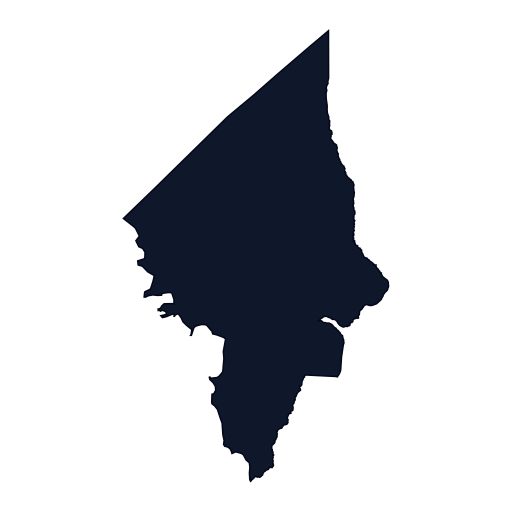 Turkana West, Rift Valley, Kenya
{"feature_id": "3690345B77554234988908", "entity_name": "Turkana West", "entity_type": "district", "adm_level": 2, "iso_a3": "KEN", "parent_name": "Kenya", "parent_adm1": "Rift Valley", "projection": "albers", "projection_center": [34.901, 4.052], "detail": "fine", "context": "isolated", "style": "filled", "palette": "ink", "viewbox_px": 512, "rotation_deg": 0, "n_neighbors": 0, "source": "geoboundaries", "source_scale": "gbopen_adm2", "svg_char_len": 6094}
<svg xmlns="http://www.w3.org/2000/svg" viewBox="0 0 512 512"><path d="M337.3,376.9L339.3,373.9L340.3,371.5L340.7,369.9L341.5,357.0L343.3,344.9L344.0,342.8L343.7,341.8L343.7,340.1L342.8,337.7L342.5,335.7L340.7,334.4L340.0,332.6L339.1,331.9L338.1,330.5L336.8,329.7L336.0,328.3L334.3,327.4L331.9,324.5L329.4,323.2L328.5,323.1L326.8,323.1L325.2,322.6L323.8,322.6L322.9,322.1L321.4,320.8L319.0,320.7L320.3,319.1L323.9,316.6L325.9,316.3L326.7,316.4L327.4,316.7L328.4,317.4L330.0,317.6L331.8,319.0L332.6,319.4L333.8,319.3L335.6,320.0L336.8,321.1L338.2,323.5L339.9,325.4L343.0,327.0L343.8,327.0L345.6,326.3L347.4,326.5L348.3,325.6L348.9,325.9L350.0,325.0L350.1,323.3L350.2,323.1L350.5,322.7L351.9,322.5L352.8,321.5L352.9,321.1L352.8,320.3L353.1,319.8L354.5,318.6L355.8,318.5L356.3,317.9L357.4,318.2L358.4,318.1L358.5,317.5L358.1,316.2L359.3,314.6L359.6,311.1L361.7,309.3L364.2,305.7L364.9,305.1L366.2,304.6L366.8,304.6L368.6,305.2L370.2,305.5L371.4,305.5L373.3,305.0L375.2,304.2L375.9,304.1L377.3,303.1L380.9,299.8L381.4,299.1L382.1,297.5L382.9,296.3L383.3,294.8L385.1,292.3L387.2,290.3L387.7,289.2L387.9,288.1L388.4,287.1L388.6,285.4L388.2,284.3L388.4,283.4L388.0,281.5L387.1,280.0L385.2,278.7L382.6,276.5L381.3,274.1L381.4,273.0L380.7,272.8L380.0,272.3L379.7,271.1L378.7,270.4L378.1,269.1L376.9,268.1L376.5,267.4L375.8,266.0L376.1,265.1L375.2,265.1L374.3,264.4L373.5,264.2L372.8,263.1L369.4,260.7L368.7,259.6L367.4,259.3L367.2,259.0L367.2,258.5L366.8,258.0L366.0,258.0L365.6,257.7L364.9,257.6L364.1,257.0L363.1,255.0L362.9,254.0L362.0,253.0L361.6,251.3L361.6,250.1L360.9,249.7L359.9,248.1L359.2,248.0L358.8,248.2L358.6,248.0L357.5,246.6L357.7,245.9L356.8,245.4L356.0,245.5L355.2,244.0L355.1,243.4L354.7,243.1L354.8,242.5L354.1,242.2L354.1,241.9L354.6,241.7L354.6,240.8L354.3,240.7L354.0,241.4L353.7,241.3L353.7,240.8L353.3,240.7L353.4,240.2L353.2,239.8L353.6,239.3L353.3,238.8L353.7,238.0L353.1,237.7L353.1,236.9L352.5,236.2L352.8,235.8L353.6,235.7L353.9,234.9L353.8,234.5L353.3,234.3L353.7,233.5L353.4,233.1L353.5,232.2L354.2,230.4L353.7,230.3L354.0,227.0L354.3,226.6L353.8,225.8L354.5,224.0L353.8,222.8L354.8,220.7L354.1,219.8L353.9,219.0L353.5,218.7L353.8,218.1L353.6,217.3L353.9,217.2L354.0,216.9L353.6,216.0L354.1,214.9L354.6,214.6L355.0,212.8L354.6,211.1L354.6,210.5L353.8,209.9L353.6,209.3L353.9,208.2L353.7,208.1L353.7,207.6L353.1,205.8L353.3,204.9L353.0,204.7L353.6,203.8L353.8,203.3L353.5,202.1L353.2,201.8L353.6,200.9L353.1,199.3L353.3,198.7L353.3,198.0L353.8,197.1L354.1,195.2L353.9,194.6L354.3,193.5L354.3,192.0L353.8,191.4L353.9,189.4L353.6,188.5L353.6,186.2L353.9,185.7L353.9,184.7L352.8,181.8L352.3,182.0L351.0,179.8L350.5,179.4L350.0,179.4L349.0,178.1L348.1,177.6L346.8,175.9L346.2,175.5L346.4,175.1L345.6,174.8L345.6,174.1L345.3,173.8L345.9,173.2L345.9,172.9L345.2,172.4L345.2,171.7L344.7,171.6L344.5,170.5L344.9,168.5L344.1,167.1L343.8,166.1L343.4,166.1L342.4,164.9L341.7,164.6L341.7,164.0L341.2,163.8L340.8,162.9L340.9,162.3L339.9,160.8L339.6,159.2L338.8,158.3L338.6,157.2L338.1,156.0L338.2,153.7L337.3,152.3L336.7,150.1L337.2,148.3L336.9,146.4L336.4,145.7L336.5,145.0L336.0,144.7L335.5,144.1L334.7,144.0L334.4,143.5L333.7,143.1L333.3,142.2L330.7,138.7L330.6,137.7L331.1,136.2L331.0,134.2L332.0,134.1L332.0,132.9L331.6,132.2L331.7,131.5L331.5,130.9L329.9,130.0L329.0,128.1L329.7,125.5L329.5,124.2L329.7,120.9L328.6,119.2L328.8,117.2L327.4,113.1L327.1,110.1L327.2,105.7L326.3,99.3L326.1,96.2L326.1,92.9L326.8,90.5L326.4,88.9L326.3,87.1L326.7,85.9L328.0,83.5L327.8,81.3L328.6,78.3L328.5,30.7L310.1,46.2L277.2,74.4L254.1,94.7L227.6,116.8L155.7,187.3L123.4,218.5L133.5,226.4L135.5,228.3L139.4,236.1L135.9,240.7L138.8,246.7L142.6,248.4L145.0,252.1L144.9,256.9L144.3,258.8L137.7,260.9L138.2,265.0L142.4,266.2L147.7,271.8L154.3,275.6L153.0,281.3L150.8,288.2L149.9,289.4L145.6,291.4L144.7,292.0L144.1,297.0L145.2,297.2L148.5,295.7L152.7,294.9L157.4,295.4L161.5,295.2L161.7,294.1L163.2,293.2L168.7,292.5L170.1,292.6L171.8,292.9L174.0,299.6L173.9,304.0L172.1,303.6L164.1,303.8L161.8,305.9L160.6,308.1L159.1,308.9L158.1,309.0L158.2,310.5L159.5,310.2L160.3,311.2L162.0,310.4L163.0,310.5L166.1,311.7L166.0,312.4L166.5,314.4L160.8,315.7L162.4,317.6L166.3,316.7L172.8,314.0L174.3,314.4L174.0,316.2L174.5,316.3L175.4,314.6L176.0,314.6L177.1,314.1L178.4,313.9L181.3,318.0L182.9,321.7L186.4,325.2L191.8,329.6L191.1,334.4L190.6,335.3L191.4,335.3L193.9,327.7L195.4,326.3L198.0,325.4L201.8,324.5L205.4,324.7L207.0,325.5L210.8,330.1L211.9,331.1L212.7,333.9L216.6,334.8L223.6,337.4L225.6,339.0L223.3,351.5L223.9,358.4L222.8,371.5L221.6,373.3L219.2,376.1L216.9,377.6L210.9,378.2L209.8,377.0L209.3,377.3L209.9,379.6L213.0,382.5L215.4,386.3L215.7,390.3L214.2,393.0L214.0,393.7L212.0,394.2L211.7,402.3L212.0,403.8L214.6,405.8L217.5,409.5L220.2,417.9L222.1,423.1L222.9,434.8L224.1,440.5L223.6,444.5L224.8,446.3L227.2,446.8L229.9,448.5L231.1,450.7L232.0,453.5L235.8,451.8L241.4,453.4L243.4,454.8L246.2,460.1L249.3,462.7L249.9,467.2L249.4,472.9L249.8,479.8L250.6,481.3L251.1,480.9L252.0,479.6L253.0,478.9L255.1,476.6L256.0,476.5L257.2,477.1L258.2,476.8L259.3,477.3L260.3,477.0L262.6,474.9L262.9,473.6L263.9,471.9L265.4,471.0L266.4,470.0L268.3,469.4L269.4,467.6L269.8,467.4L272.2,467.5L273.5,465.5L272.9,462.7L273.1,460.7L272.5,459.1L273.1,457.6L272.9,455.9L273.6,455.3L273.7,454.9L272.9,453.8L272.9,451.8L271.9,451.3L272.4,449.9L271.6,448.3L271.8,446.6L271.6,445.8L274.5,443.0L274.9,441.9L275.0,440.2L275.8,439.6L276.0,438.3L276.9,437.3L277.2,433.8L276.8,432.7L277.7,430.3L278.3,429.4L280.3,428.4L281.7,428.1L283.5,425.1L286.7,424.3L287.3,423.7L287.8,422.8L288.0,422.2L287.7,421.3L288.1,419.7L287.3,418.6L287.2,418.0L288.0,415.8L288.9,413.8L290.9,413.3L291.0,413.1L290.5,411.8L290.7,411.3L292.3,410.7L292.9,410.0L293.1,407.7L292.6,405.1L292.8,404.4L294.0,403.1L294.0,401.8L295.2,399.8L294.9,398.1L296.1,396.1L296.8,394.1L298.0,392.2L300.5,390.2L300.4,389.4L299.7,387.8L299.7,386.8L299.8,386.5L301.1,385.8L301.5,385.2L301.8,384.5L301.9,382.2L302.2,380.9L302.9,379.7L303.5,377.9L304.4,377.1L304.4,376.4L305.2,375.3L306.1,375.0L336.1,376.5L337.3,376.9Z" fill="#0f172a" stroke="#020617" stroke-width="1.5"/></svg>